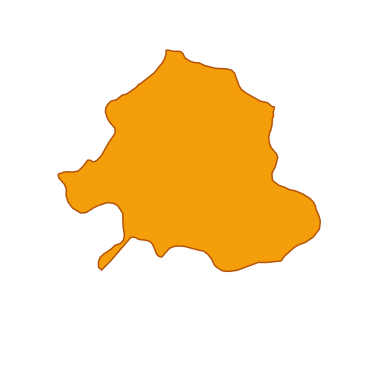 San Martín Sacatepéquez, Quezaltenango, Guatemala, rotated 41°
{"feature_id": "79465075B85200654086420", "entity_name": "San Martín Sacatepéquez", "entity_type": "district", "adm_level": 2, "iso_a3": "GTM", "parent_name": "Guatemala", "parent_adm1": "Quezaltenango", "projection": "mercator", "projection_center": [-91.669, 14.784], "detail": "fine", "context": "isolated", "style": "filled", "palette": "amber", "viewbox_px": 384, "rotation_deg": 41, "n_neighbors": 0, "source": "geoboundaries", "source_scale": "gbopen_adm2", "svg_char_len": 2072}
<svg xmlns="http://www.w3.org/2000/svg" viewBox="0 0 384 384"><g transform="rotate(41 192 192)"><path d="M171.7,310.2L175.0,310.2L175.8,297.8L175.6,267.2L176.0,266.0L177.1,265.0L178.3,263.9L179.4,263.3L181.5,263.1L183.4,262.4L189.2,258.4L192.3,257.2L194.9,257.0L197.3,257.7L199.8,258.8L205.9,262.1L208.1,262.3L209.9,262.0L211.0,261.6L211.8,260.7L212.0,259.0L211.8,256.6L212.0,249.4L213.4,246.4L214.9,243.8L218.6,240.5L222.0,238.0L235.6,231.3L239.4,229.0L244.3,228.6L250.2,229.6L256.8,232.4L260.1,232.6L263.7,232.0L266.3,231.7L269.7,229.4L272.3,227.4L277.6,221.2L288.2,201.7L294.7,196.1L299.3,191.1L304.4,185.6L303.9,179.6L305.6,166.4L307.5,161.2L310.5,156.0L313.1,146.3L312.4,136.3L309.7,132.2L307.8,129.7L305.2,127.9L302.6,126.3L295.9,123.1L295.1,122.0L290.6,120.1L285.3,119.5L277.2,120.7L269.1,123.4L263.9,126.4L259.5,127.4L253.4,129.9L246.2,130.5L244.1,129.5L240.2,125.7L238.0,117.6L234.1,109.8L231.0,107.9L222.6,106.5L218.9,104.7L214.1,100.6L213.4,98.9L211.3,96.0L211.4,94.7L208.4,88.9L204.8,84.3L203.6,81.0L201.0,78.5L198.6,73.8L195.9,75.0L190.4,75.1L184.1,78.5L176.8,80.1L167.5,81.9L162.0,82.2L158.1,81.1L146.4,74.5L142.4,74.1L140.2,75.0L137.9,76.0L128.5,83.3L118.8,88.2L112.7,89.9L108.7,92.8L104.6,94.6L98.8,95.4L94.3,93.5L91.6,93.5L89.7,94.4L86.0,97.8L81.1,100.4L79.5,102.3L80.8,103.3L82.3,105.6L83.5,108.5L84.2,110.7L84.9,114.6L84.9,116.6L85.3,126.5L82.1,143.9L81.2,145.3L81.2,149.8L78.5,160.7L75.8,164.8L74.3,172.2L71.2,176.6L70.9,180.7L71.6,184.8L74.2,188.5L78.4,191.1L83.2,193.1L92.1,194.5L95.2,197.8L95.7,200.2L96.7,209.2L99.7,223.9L99.6,229.8L98.4,233.5L96.9,234.5L94.6,234.6L92.4,236.4L92.6,240.0L93.0,244.4L92.3,250.8L88.6,255.7L86.3,257.1L82.1,261.2L81.9,262.5L79.6,265.2L79.8,267.0L82.5,268.8L90.3,269.8L95.1,272.1L99.4,277.4L104.9,280.8L112.4,282.5L121.7,280.9L125.5,277.1L128.2,268.2L130.5,263.1L135.3,255.2L136.7,254.4L140.3,252.0L145.2,251.1L153.8,253.6L162.7,263.3L169.3,268.9L171.8,273.2L171.8,277.8L168.8,282.8L168.5,287.8L166.2,296.1L165.5,301.6L167.3,306.3L170.9,310.2L171.7,310.2Z" fill="#f59e0b" stroke="#b45309" stroke-width="1.5"/></g></svg>